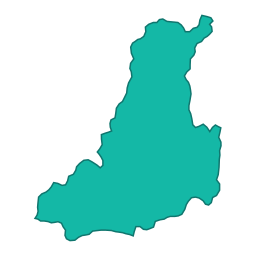 Dom Silvério, Minas Gerais, Brazil
{"feature_id": "56859067B43340770638367", "entity_name": "Dom Silvério", "entity_type": "district", "adm_level": 2, "iso_a3": "BRA", "parent_name": "Brazil", "parent_adm1": "Minas Gerais", "projection": "equal_earth", "projection_center": [-42.948, -20.12], "detail": "fine", "context": "isolated", "style": "filled", "palette": "teal", "viewbox_px": 256, "rotation_deg": 0, "n_neighbors": 0, "source": "geoboundaries", "source_scale": "gbopen_adm2", "svg_char_len": 2292}
<svg xmlns="http://www.w3.org/2000/svg" viewBox="0 0 256 256"><path d="M35.0,218.4L37.9,219.1L40.6,221.0L44.3,221.0L48.2,221.6L51.3,222.8L54.3,222.4L58.1,221.7L61.5,223.2L63.2,226.9L65.5,230.1L65.0,235.4L66.5,238.8L70.0,240.6L74.9,240.2L78.5,237.3L82.2,235.5L85.6,235.0L89.1,234.3L92.6,231.1L96.7,230.6L101.1,230.1L105.3,230.1L111.4,230.5L115.7,231.7L119.0,232.1L122.7,232.7L125.8,233.7L129.6,234.5L133.2,235.9L134.2,231.7L135.9,226.6L140.1,226.6L143.4,229.3L146.8,229.7L149.6,228.7L153.5,227.1L155.3,221.4L160.0,219.8L164.2,219.1L167.2,217.3L170.2,216.4L174.7,216.4L178.2,215.9L181.8,214.3L184.8,209.3L186.3,204.6L188.3,201.3L191.5,197.7L195.5,197.1L199.1,198.0L203.2,200.8L205.5,204.2L208.6,205.0L211.3,202.6L212.6,197.5L216.5,195.5L219.6,190.2L219.6,184.0L216.5,179.8L218.2,174.7L219.0,167.4L219.3,159.4L219.9,155.1L219.6,150.6L221.0,145.8L220.9,142.1L218.7,137.3L219.9,132.3L220.8,127.8L218.2,126.6L215.4,125.0L212.5,127.4L209.8,131.6L206.8,127.2L203.2,124.2L198.9,126.4L195.5,127.5L192.8,124.8L191.8,118.7L190.7,113.8L188.9,109.8L188.9,105.6L190.0,100.1L191.0,94.0L190.5,90.0L189.8,86.0L188.4,82.3L186.2,79.7L184.4,76.0L186.8,71.9L190.1,68.9L190.1,64.8L190.4,58.9L193.8,55.2L195.2,51.8L194.7,48.0L197.0,43.5L201.5,41.5L204.1,38.1L207.1,36.4L209.4,34.4L212.1,31.4L211.6,26.9L209.6,24.3L212.9,21.0L210.9,17.8L207.1,16.6L201.9,15.4L199.9,20.0L199.1,24.7L197.1,27.3L193.3,28.3L189.7,31.7L185.3,31.7L183.5,27.9L181.2,24.9L177.9,22.5L174.1,22.1L170.7,21.8L166.9,21.4L162.8,19.0L159.4,19.6L156.9,22.5L153.3,22.5L148.7,24.3L145.4,27.1L145.8,31.7L143.8,36.4L140.4,38.8L137.7,39.5L135.1,41.5L132.6,43.1L130.7,47.1L131.4,53.2L133.8,58.9L130.6,63.3L129.9,68.5L131.3,71.8L131.9,76.9L128.6,82.9L127.2,87.9L126.7,93.0L124.8,96.9L122.5,101.5L119.2,103.9L116.4,108.2L115.8,113.2L115.0,117.9L111.0,119.9L110.0,123.5L110.3,127.2L111.6,131.0L108.5,132.2L105.2,133.2L101.4,134.6L101.5,139.1L102.2,144.6L99.8,148.8L97.3,152.0L99.4,154.5L101.2,157.2L102.9,160.5L102.9,165.4L100.2,167.8L96.9,165.0L91.9,161.8L88.2,159.8L83.8,160.3L79.6,163.5L76.6,166.8L75.8,170.2L73.4,174.3L68.7,176.3L67.6,180.9L65.6,184.8L62.0,185.4L57.8,183.4L53.7,182.6L51.3,186.9L48.9,189.8L46.0,192.1L41.8,193.9L38.6,197.1L38.0,202.8L37.6,207.4L38.1,211.3L37.1,215.1L35.0,218.4Z" fill="#14b8a6" stroke="#0f766e" stroke-width="1.5"/></svg>